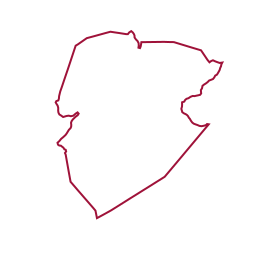 outline of Planaltino, Bahia, Brazil, rotated 286°
{"feature_id": "56859067B83552260244664", "entity_name": "Planaltino", "entity_type": "district", "adm_level": 2, "iso_a3": "BRA", "parent_name": "Brazil", "parent_adm1": "Bahia", "projection": "mercator", "projection_center": [-40.275, -13.193], "detail": "fine", "context": "isolated", "style": "outline", "palette": "rose", "viewbox_px": 256, "rotation_deg": 286, "n_neighbors": 0, "source": "geoboundaries", "source_scale": "gbopen_adm2", "svg_char_len": 1994}
<svg xmlns="http://www.w3.org/2000/svg" viewBox="0 0 256 256"><g transform="rotate(286 128 128)"><path d="M86.6,74.3L85.3,75.4L69.8,83.0L60.5,87.6L54.3,97.0L41.5,116.7L39.6,119.5L32.8,123.0L38.2,128.5L44.2,134.5L61.3,149.8L70.5,158.1L91.2,176.7L110.0,185.1L146.0,201.1L153.8,204.6L153.6,202.9L152.3,202.2L151.2,200.5L150.0,198.2L149.7,196.1L150.0,194.0L150.1,191.9L150.3,189.9L151.0,188.2L152.4,186.4L153.9,184.9L154.7,183.6L155.9,182.5L156.7,181.2L157.2,179.7L157.5,177.7L158.2,175.8L159.4,175.1L161.1,174.0L163.5,174.0L165.6,173.5L167.6,172.9L168.9,174.8L170.7,175.2L172.2,176.2L173.3,177.9L175.2,179.5L176.6,181.3L177.0,183.2L178.0,185.0L178.9,186.7L179.8,188.2L181.4,188.8L182.9,188.2L184.5,187.6L186.5,188.2L189.1,188.0L190.8,189.2L192.2,190.5L194.1,191.9L196.0,192.9L197.4,194.8L198.5,196.2L200.4,197.0L202.4,197.4L203.8,198.8L205.9,199.4L208.9,200.1L211.3,200.1L213.0,200.4L214.8,200.2L216.9,200.6L215.8,198.2L215.9,196.1L216.1,193.5L216.5,191.0L215.2,189.4L213.6,188.2L215.4,185.6L222.8,176.8L222.9,167.2L223.2,148.4L222.2,144.7L221.7,142.8L220.7,138.8L214.2,117.2L212.0,117.5L209.8,117.7L208.1,117.5L208.1,115.9L210.3,115.6L212.5,114.8L214.2,113.2L215.4,111.1L216.8,109.4L218.8,108.7L220.1,107.6L221.2,106.2L222.0,104.4L220.2,102.8L218.2,102.0L217.7,100.2L216.8,92.9L216.2,88.6L215.7,84.6L212.7,79.6L206.6,69.6L203.0,63.6L194.5,56.7L192.7,55.0L168.5,54.0L160.4,53.6L156.2,53.4L149.3,53.1L144.5,52.8L139.6,53.0L137.1,53.5L135.3,53.4L134.1,51.7L132.7,51.4L131.4,52.7L130.1,54.2L128.1,55.4L125.4,56.1L123.6,56.9L122.1,58.3L121.6,60.1L120.7,62.6L121.7,64.2L122.6,65.6L123.5,67.6L123.6,69.9L124.8,72.1L126.3,73.0L127.6,73.9L129.1,75.2L128.2,76.6L126.4,76.1L124.9,74.9L123.3,73.9L121.0,72.6L119.0,71.9L117.3,71.8L115.4,72.6L113.6,73.0L112.0,72.8L110.0,71.7L108.2,71.2L106.0,70.6L104.1,69.9L102.6,69.0L101.3,68.2L99.1,66.7L96.5,65.6L94.4,64.3L92.7,65.3L92.2,66.7L92.5,68.4L91.9,69.7L91.3,71.3L90.0,72.7L89.9,74.1L88.4,75.0L86.6,74.3Z" fill="none" stroke="#9f1239" stroke-width="2"/></g></svg>